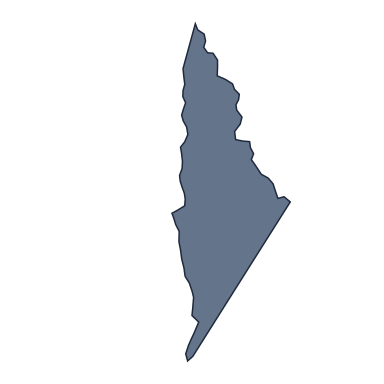 Serra Grande, Paraíba, Brazil, rotated 145°
{"feature_id": "56859067B11352872450109", "entity_name": "Serra Grande", "entity_type": "district", "adm_level": 2, "iso_a3": "BRA", "parent_name": "Brazil", "parent_adm1": "Paraíba", "projection": "orthographic", "projection_center": [-38.383, -7.238], "detail": "fine", "context": "isolated", "style": "filled", "palette": "slate", "viewbox_px": 384, "rotation_deg": 145, "n_neighbors": 0, "source": "geoboundaries", "source_scale": "gbopen_adm2", "svg_char_len": 1108}
<svg xmlns="http://www.w3.org/2000/svg" viewBox="0 0 384 384"><g transform="rotate(145 192 192)"><path d="M92.8,327.9L128.6,298.2L132.3,291.6L136.2,284.3L141.1,280.3L144.8,275.4L146.1,268.7L151.4,264.9L156.4,260.9L158.4,255.3L159.1,248.4L162.4,241.5L169.1,237.3L175.7,235.3L178.6,229.2L182.4,222.3L186.7,216.9L192.7,212.7L195.5,207.5L197.3,201.7L199.0,195.4L201.6,190.1L205.9,184.9L214.6,185.4L220.6,186.1L222.0,180.8L224.0,174.7L225.1,167.1L231.2,158.8L234.7,151.0L238.8,143.1L242.2,134.3L246.0,126.9L246.4,119.0L248.8,110.8L251.1,104.8L258.3,96.1L262.9,90.8L261.1,81.6L271.6,75.0L276.4,72.3L283.1,68.2L290.0,63.0L292.5,56.1L285.6,56.9L186.7,98.4L117.2,127.5L119.3,135.3L125.3,137.5L123.0,145.4L120.9,152.1L121.6,159.7L125.1,166.9L124.8,176.7L124.8,184.5L119.6,188.0L118.7,194.8L115.9,200.2L121.3,204.7L126.2,209.9L122.4,217.1L113.5,220.0L108.1,224.7L108.4,233.4L106.0,238.2L100.9,240.9L97.2,244.9L98.3,251.7L96.8,257.3L100.0,265.0L104.7,272.7L99.4,279.7L95.4,285.5L95.2,293.6L99.4,297.1L99.4,303.8L94.3,307.9L91.5,314.3L94.3,321.5L92.8,327.9Z" fill="#64748b" stroke="#1e293b" stroke-width="1.5"/></g></svg>